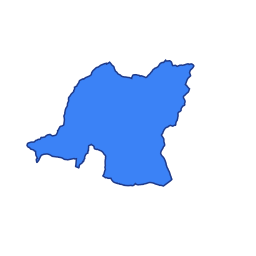 Bradeni, Sibiu, Romania, rotated 318°
{"feature_id": "2599482B92641701447003", "entity_name": "Bradeni", "entity_type": "district", "adm_level": 2, "iso_a3": "ROU", "parent_name": "Romania", "parent_adm1": "Sibiu", "projection": "albers", "projection_center": [24.875, 46.06], "detail": "fine", "context": "isolated", "style": "filled", "palette": "blue", "viewbox_px": 256, "rotation_deg": 318, "n_neighbors": 0, "source": "geoboundaries", "source_scale": "gbopen_adm2", "svg_char_len": 5687}
<svg xmlns="http://www.w3.org/2000/svg" viewBox="0 0 256 256"><g transform="rotate(318 128 128)"><path d="M218.4,126.0L218.5,125.8L218.7,124.8L218.4,124.0L218.3,123.1L216.8,121.9L215.9,121.7L215.8,121.0L215.6,120.5L214.0,119.6L212.3,118.9L210.6,118.0L210.2,117.7L209.9,117.1L208.9,116.4L208.7,116.1L205.7,115.1L205.3,113.3L202.9,111.5L202.9,111.4L204.0,109.0L204.1,108.5L204.3,108.3L204.4,107.8L204.1,106.1L204.0,105.9L202.5,104.9L201.1,103.6L200.9,103.3L201.2,102.8L200.8,102.8L200.3,102.9L198.3,103.1L197.2,102.1L196.7,102.1L196.1,101.8L195.3,101.6L194.6,101.7L191.5,102.5L191.1,102.5L189.5,102.2L187.7,101.5L186.9,101.6L185.9,101.4L184.7,101.6L183.8,102.0L182.1,102.1L181.0,102.4L178.1,102.4L176.7,102.7L175.3,102.6L174.9,102.3L174.6,101.4L174.1,100.4L173.0,98.4L172.5,97.8L171.7,97.6L171.6,97.3L171.6,96.8L171.5,96.3L170.7,95.4L169.8,94.0L169.1,93.3L167.6,92.2L166.8,92.0L165.4,92.7L164.6,92.9L163.9,93.6L162.7,91.3L161.8,90.4L160.5,88.7L159.5,87.7L158.6,86.5L157.9,85.3L157.8,84.5L157.7,83.4L156.9,81.6L156.8,81.0L157.0,78.8L156.7,77.4L157.7,74.5L158.4,73.3L158.5,72.6L158.5,72.1L158.2,71.2L158.2,70.6L158.3,69.8L158.4,66.8L156.6,66.6L154.9,66.1L155.3,65.5L153.6,64.5L151.4,63.7L149.4,63.0L148.4,63.0L146.5,62.8L145.8,62.3L144.7,61.9L140.2,62.0L138.0,62.6L136.5,63.7L135.8,63.8L134.2,63.6L131.0,62.5L130.3,62.2L128.6,62.0L127.9,62.1L127.4,61.8L127.3,61.7L127.4,61.4L127.1,61.2L126.7,61.1L126.3,61.1L125.8,60.8L124.5,60.6L123.9,60.4L123.3,60.5L121.7,61.4L119.1,62.0L117.9,62.6L117.6,62.6L117.0,62.2L116.5,62.3L115.5,61.9L114.7,62.9L114.4,63.3L112.7,63.9L112.4,64.3L112.0,64.6L108.4,64.8L106.4,65.4L104.2,65.7L102.8,67.0L102.6,67.5L102.3,67.8L101.7,68.3L99.6,69.2L98.8,69.9L98.2,70.6L97.2,71.2L95.6,71.6L94.0,72.3L91.1,74.5L90.9,74.9L90.5,75.2L88.5,76.1L88.0,76.7L87.6,77.5L86.5,79.1L85.0,80.5L84.2,81.1L82.8,82.3L82.2,82.7L81.3,82.6L80.2,82.3L78.9,81.6L77.9,81.6L77.4,81.9L76.4,82.2L75.1,82.8L74.6,82.9L74.0,82.8L73.6,83.4L72.4,84.2L71.1,84.7L70.0,85.0L69.4,84.9L68.9,84.7L66.6,83.4L66.4,83.1L65.8,80.6L65.7,80.5L65.0,80.3L64.1,79.5L62.3,79.0L60.7,79.0L60.2,79.1L59.6,78.8L59.2,78.4L58.2,77.9L57.2,76.9L56.6,77.0L55.8,77.4L55.0,77.4L54.5,77.2L53.9,76.5L53.2,76.2L52.5,76.2L51.1,75.5L50.5,75.5L49.8,75.7L49.1,75.6L48.3,75.2L46.6,73.7L45.8,73.3L43.7,72.4L43.0,72.4L42.6,72.5L42.1,72.8L41.2,73.5L41.0,75.1L41.2,75.9L41.6,76.4L41.7,76.7L41.6,78.1L41.6,78.6L43.1,81.0L43.2,81.4L43.1,82.4L43.7,83.5L42.7,84.7L41.4,86.6L40.4,90.0L39.3,89.8L38.9,89.9L38.2,90.8L37.4,92.2L37.3,92.5L37.5,92.7L39.9,92.3L43.0,91.0L44.7,90.4L45.5,90.3L47.7,91.1L48.2,91.4L50.6,93.2L51.9,95.3L52.6,97.5L52.7,98.3L55.7,101.8L56.6,102.7L56.7,103.1L58.6,105.4L59.3,107.0L59.6,108.4L59.8,108.8L60.3,109.4L61.1,110.2L61.9,111.3L67.0,114.3L67.3,114.5L67.6,114.8L67.6,115.1L67.9,115.2L68.0,115.6L68.5,115.9L69.1,116.3L63.8,121.3L63.7,121.2L63.3,121.6L64.7,124.6L65.4,124.4L66.4,123.5L67.4,123.0L68.4,122.9L69.5,123.2L70.7,123.2L72.0,122.6L72.2,123.1L72.5,123.1L73.5,122.6L74.4,121.8L74.9,121.9L75.5,121.7L76.1,120.8L76.6,120.4L78.9,119.4L80.4,119.3L81.2,119.8L81.6,119.5L82.3,118.6L83.4,118.4L83.6,118.1L83.6,117.8L84.0,117.8L84.9,116.8L85.7,116.2L86.0,115.7L86.7,115.0L86.9,114.9L87.5,115.0L88.5,115.4L89.7,115.6L89.7,116.1L90.3,117.8L90.4,118.5L90.3,119.2L90.0,119.4L89.9,119.7L89.5,120.3L89.3,120.7L89.3,121.2L90.3,122.9L91.0,123.3L91.4,124.4L91.8,125.0L92.2,126.1L92.7,126.9L92.9,127.6L93.1,129.3L92.7,131.4L92.8,133.1L92.7,133.6L92.3,134.3L91.6,134.8L90.9,135.7L90.0,136.3L88.6,137.6L87.4,139.0L86.8,139.7L86.1,140.7L84.5,141.8L84.4,142.1L83.4,143.7L82.4,144.1L81.1,144.9L79.4,146.1L77.3,146.8L77.3,147.3L77.8,148.6L77.9,149.8L78.9,150.6L79.5,152.0L81.7,154.0L81.6,154.3L81.4,154.6L81.3,155.0L81.1,156.4L81.1,158.0L81.3,158.9L81.7,159.8L82.7,161.6L83.0,161.6L83.0,162.1L83.3,162.5L83.5,162.9L83.8,163.2L84.4,163.6L84.3,164.3L85.6,165.7L86.0,166.6L86.4,167.1L86.7,168.0L87.1,168.1L87.4,168.7L89.5,170.9L91.3,172.3L91.7,172.5L91.9,172.6L92.0,173.0L92.9,174.0L93.3,174.2L95.0,174.5L96.2,174.2L96.2,174.4L96.3,174.7L96.4,175.3L97.2,176.7L97.6,177.1L98.3,177.5L99.1,178.2L101.0,179.5L101.2,179.8L101.7,180.1L102.3,180.2L104.3,181.4L106.5,182.3L107.7,183.0L108.8,184.2L109.7,185.4L110.4,186.6L110.8,187.7L112.7,190.7L113.1,191.7L114.0,192.5L114.5,193.1L115.5,194.8L123.8,195.6L126.1,195.6L126.3,195.1L126.5,194.9L126.4,194.7L127.2,193.2L127.4,192.8L127.7,191.8L128.7,189.7L129.4,188.1L129.9,186.0L130.3,185.1L130.5,184.1L130.9,182.8L131.4,181.9L131.7,181.0L132.6,179.7L133.7,177.2L134.1,176.0L134.5,174.7L134.7,172.9L134.6,171.8L134.7,170.6L134.9,169.7L135.3,168.7L136.0,168.1L137.3,167.3L140.3,166.4L142.0,165.6L143.3,165.6L144.1,164.9L144.8,163.7L145.5,162.2L146.9,160.6L147.4,159.8L148.0,156.0L148.1,155.7L148.6,155.4L149.9,155.2L150.5,155.0L151.4,154.4L153.6,153.5L155.6,153.1L156.7,153.2L158.4,153.9L159.5,153.9L161.2,154.3L162.0,155.7L162.4,156.5L162.9,156.7L163.7,156.9L164.6,157.1L165.1,157.7L165.6,157.5L166.9,156.3L167.7,155.8L168.6,155.4L169.9,155.1L170.2,154.7L170.9,154.4L172.3,153.2L173.2,152.6L174.0,151.7L174.6,150.8L175.6,150.2L176.2,150.1L177.5,150.5L179.0,150.5L179.5,150.2L180.0,149.5L180.7,149.1L181.5,148.8L183.3,148.4L185.3,148.9L186.0,148.4L186.3,147.7L187.7,146.9L188.3,146.3L188.6,145.7L189.0,144.5L189.2,143.5L189.3,142.9L189.9,142.1L190.3,141.7L190.7,141.6L192.4,141.7L194.9,141.5L195.4,141.6L196.8,141.6L197.8,141.2L198.6,140.8L199.3,140.3L199.9,140.1L199.8,138.9L199.8,137.7L199.9,136.1L200.1,135.5L199.9,135.1L199.7,134.5L199.7,134.1L199.8,134.0L200.4,133.8L203.7,132.0L205.7,131.2L209.4,131.1L209.7,130.7L210.1,129.7L210.5,128.6L210.7,128.1L212.1,127.2L212.8,126.9L213.5,126.7L215.3,126.7L216.4,126.6L217.2,126.4L218.4,126.0Z" fill="#3b82f6" stroke="#1e3a8a" stroke-width="1.5"/></g></svg>